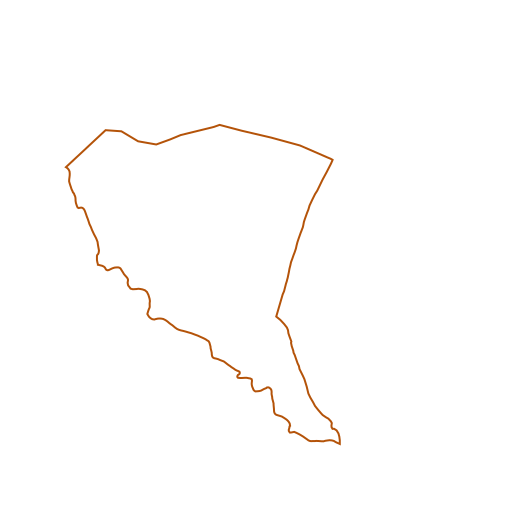 Cantonement, Laborie, Saint Lucia (orthographic projection), rotated 317°
{"feature_id": "8701671B14194395113255", "entity_name": "Cantonement", "entity_type": "district", "adm_level": 2, "iso_a3": "LCA", "parent_name": "Saint Lucia", "parent_adm1": "Laborie", "projection": "orthographic", "projection_center": [-60.978, 13.756], "detail": "fine", "context": "isolated", "style": "outline", "palette": "amber", "viewbox_px": 512, "rotation_deg": 317, "n_neighbors": 0, "source": "geoboundaries", "source_scale": "gbopen_adm2", "svg_char_len": 4419}
<svg xmlns="http://www.w3.org/2000/svg" viewBox="0 0 512 512"><g transform="rotate(317 256 256)"><path d="M189.1,450.6L191.6,447.9L193.7,445.0L195.3,442.0L196.0,438.5L195.3,435.7L194.1,434.6L194.5,432.8L195.5,431.5L197.5,429.9L198.0,428.0L198.0,424.3L197.2,421.8L196.3,417.8L196.3,415.7L196.5,410.9L196.9,405.9L198.0,401.9L199.2,396.5L200.5,392.3L204.0,386.1L207.4,379.1L208.6,375.5L210.7,368.4L212.3,365.8L213.2,362.9L215.1,358.6L216.8,354.8L217.5,352.4L218.7,350.6L220.6,346.4L222.4,343.4L223.5,342.7L224.3,340.8L225.6,337.7L227.0,334.6L228.8,332.1L229.8,329.4L230.2,325.0L230.2,319.3L229.5,314.1L249.3,302.3L252.5,300.9L257.5,297.7L258.7,296.9L261.4,295.4L262.9,294.4L264.4,293.5L267.2,291.5L269.2,290.1L271.7,288.2L274.8,286.2L277.4,284.4L280.8,282.7L284.0,281.0L286.7,279.7L290.4,277.7L292.8,276.0L295.8,274.1L299.3,272.2L302.4,270.6L304.5,269.5L306.0,268.8L308.0,267.8L309.7,267.0L311.5,265.8L314.2,263.8L316.7,262.4L322.9,259.2L325.9,257.8L329.6,255.6L335.3,253.3L341.4,251.0L345.3,250.0L356.9,245.5L365.0,242.8L373.8,239.6L377.1,238.2L377.6,237.9L376.9,235.8L375.1,231.8L363.5,205.1L347.8,179.7L330.9,154.5L318.8,135.3L313.3,132.9L311.8,132.1L283.4,116.2L272.7,112.2L259.1,106.4L248.0,91.7L242.6,73.0L231.8,61.4L177.6,61.4L177.8,62.1L178.0,63.6L177.9,65.1L177.3,67.0L175.9,68.8L174.6,70.1L173.3,71.2L171.6,72.6L170.2,74.0L169.3,75.7L168.3,77.8L167.6,79.4L166.8,81.0L166.1,83.1L166.0,83.6L165.5,84.6L165.5,86.1L164.8,87.7L164.5,88.8L163.9,89.9L163.0,91.1L162.2,92.0L161.6,92.7L160.4,94.5L159.8,95.8L159.2,97.1L158.6,98.9L159.0,100.0L160.2,100.7L161.2,101.4L161.9,102.5L162.1,104.0L161.8,105.6L161.4,106.7L160.2,109.5L159.0,112.2L158.4,113.8L157.1,116.7L156.0,119.0L155.0,122.2L153.9,124.9L153.0,127.6L152.3,129.8L151.8,131.7L151.2,133.9L150.6,135.5L149.7,137.7L148.6,139.2L147.4,141.0L145.8,143.5L144.8,145.0L143.0,146.4L141.8,146.9L141.0,146.9L140.2,147.1L139.1,148.1L138.3,149.0L136.9,150.5L135.7,152.4L134.7,154.3L134.4,154.6L135.3,155.9L136.4,157.6L136.9,158.4L137.4,159.8L137.6,160.8L137.6,161.5L137.2,163.0L137.1,164.0L137.6,165.1L138.6,165.8L140.1,166.3L141.8,166.8L143.1,167.3L144.6,168.0L145.8,168.9L147.1,170.0L147.8,170.8L148.3,172.1L148.4,172.8L148.1,174.2L147.8,175.8L147.5,177.4L147.1,179.1L147.0,181.2L147.0,182.3L146.9,184.1L146.6,185.3L146.1,186.2L145.3,186.9L144.5,187.5L143.8,188.1L143.1,189.2L142.4,190.4L142.3,191.9L142.1,193.6L142.0,194.3L143.1,196.1L144.2,197.1L146.0,198.6L147.7,199.8L149.1,201.5L150.2,203.0L151.4,205.3L151.5,206.2L151.7,208.1L151.4,208.9L150.8,211.0L150.0,212.7L149.0,214.7L147.7,216.6L146.0,218.0L143.6,220.7L142.9,221.2L141.4,221.8L139.5,222.8L137.0,224.3L136.6,225.9L136.3,227.7L136.5,229.7L137.0,231.4L138.3,233.1L139.4,233.6L141.6,234.9L143.1,236.2L144.1,237.3L145.2,238.8L146.1,241.2L146.6,243.6L146.8,245.6L147.1,247.5L147.6,249.6L148.0,253.1L148.5,255.5L149.3,257.4L150.4,259.3L151.7,261.2L153.2,263.6L154.3,265.5L156.1,268.5L157.6,271.6L159.1,274.5L160.2,277.2L161.1,279.3L161.9,281.3L162.4,282.8L162.7,284.3L163.1,285.5L163.2,286.2L162.8,287.7L161.7,289.8L160.9,291.3L159.9,292.5L158.6,294.9L157.6,296.6L156.5,297.9L155.8,299.0L155.4,299.8L155.3,301.0L155.7,302.2L156.9,303.9L158.0,305.7L158.6,307.2L159.7,309.5L160.5,311.0L160.8,312.5L161.1,314.5L161.5,316.9L162.0,318.9L162.2,320.4L162.9,323.1L163.3,325.2L163.9,326.8L164.5,328.0L165.0,329.3L164.6,330.2L163.8,330.9L162.9,331.0L161.6,330.7L160.7,331.0L159.9,331.6L159.8,332.8L161.1,334.3L162.6,335.7L164.8,337.5L166.1,338.7L167.3,340.4L168.3,341.7L168.8,343.2L168.0,344.5L166.8,345.5L165.8,346.4L165.0,347.4L164.1,349.0L163.5,350.7L162.9,352.2L162.9,353.5L163.2,354.6L164.8,355.9L166.4,357.1L167.9,357.9L171.1,358.7L173.4,359.6L174.3,359.6L175.0,360.1L175.7,360.8L176.1,362.7L176.0,364.0L175.4,365.2L174.6,366.2L173.3,367.5L172.4,368.9L171.9,369.8L170.6,371.5L169.6,373.4L168.3,375.8L167.3,376.9L164.9,380.0L163.3,381.9L162.7,382.9L162.4,383.8L162.3,384.7L162.5,385.9L163.5,387.7L164.5,389.4L165.4,391.0L166.2,393.9L166.8,396.6L166.9,398.4L166.8,399.8L166.4,401.5L165.6,402.7L165.1,403.5L164.3,403.5L163.9,403.9L162.6,404.8L161.5,405.4L160.7,406.3L160.4,407.7L160.4,408.3L161.4,409.1L164.0,410.7L165.0,413.0L165.9,415.4L166.4,416.9L167.3,420.1L168.3,424.9L168.6,426.6L169.4,428.3L170.3,429.2L173.1,431.7L173.9,432.3L175.6,434.0L177.4,436.0L178.9,437.5L180.8,438.5L182.1,439.4L184.2,440.9L185.7,442.6L186.8,444.3L187.4,446.5L188.2,448.5L189.1,450.6Z" fill="none" stroke="#b45309" stroke-width="2"/></g></svg>